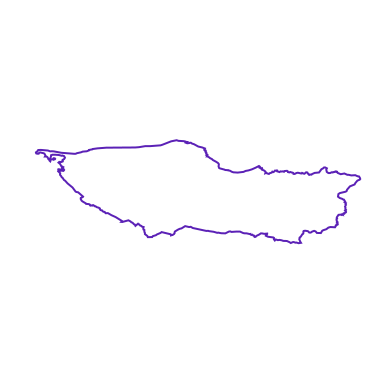 outline of Pinrang, Sulawesi Selatan, Indonesia, rotated 103°
{"feature_id": "22746128B71783882222616", "entity_name": "Pinrang", "entity_type": "district", "adm_level": 2, "iso_a3": "IDN", "parent_name": "Indonesia", "parent_adm1": "Sulawesi Selatan", "projection": "equal_earth", "projection_center": [119.581, -3.649], "detail": "fine", "context": "isolated", "style": "outline", "palette": "violet", "viewbox_px": 384, "rotation_deg": 103, "n_neighbors": 0, "source": "geoboundaries", "source_scale": "gbopen_adm2", "svg_char_len": 6014}
<svg xmlns="http://www.w3.org/2000/svg" viewBox="0 0 384 384"><g transform="rotate(103 192 192)"><path d="M217.0,74.4L215.9,75.5L213.8,76.9L212.9,76.7L212.2,76.9L211.1,76.0L208.3,75.0L207.7,74.3L207.1,74.2L205.3,74.6L204.8,74.3L204.3,73.1L204.1,70.7L204.2,70.0L205.1,68.7L205.0,67.7L204.5,66.8L203.6,66.1L202.4,64.3L202.6,62.7L203.8,61.1L203.0,57.2L200.5,56.4L199.7,55.5L198.0,52.7L196.0,51.1L195.0,49.3L194.2,44.7L192.7,44.2L192.3,44.4L191.9,44.0L191.3,43.9L191.3,43.1L190.9,42.7L190.5,42.7L189.1,43.9L188.7,43.4L188.3,43.6L187.7,44.4L186.9,44.8L185.9,45.1L185.3,44.6L184.4,45.2L183.8,45.1L181.3,44.1L180.6,42.1L180.7,41.1L180.2,41.0L180.3,40.2L179.9,40.5L179.7,40.1L179.1,39.7L179.0,39.0L178.5,39.2L177.8,38.0L177.2,37.5L176.7,37.9L176.2,37.7L175.6,38.7L174.7,38.0L174.0,38.8L172.8,38.9L171.9,39.6L169.9,39.1L169.3,39.8L168.2,39.5L167.6,41.0L166.9,40.6L165.3,42.2L165.4,42.7L164.9,44.0L164.6,46.7L163.7,48.7L161.1,48.9L159.8,47.7L157.2,42.5L156.4,41.6L154.8,41.4L151.0,39.4L148.1,35.3L146.4,34.8L143.7,33.4L142.3,31.4L141.5,31.0L140.7,31.4L139.3,32.7L139.4,34.3L138.9,36.7L140.0,40.5L140.0,43.1L140.3,44.5L139.7,47.7L141.2,51.1L140.6,54.4L140.0,55.0L140.0,55.6L139.6,55.5L139.5,56.4L139.9,57.2L140.5,57.7L140.8,58.9L141.3,59.2L141.4,60.4L142.4,61.6L142.8,62.9L142.7,63.8L142.1,65.2L140.0,66.2L138.6,65.9L138.1,67.9L138.5,69.0L139.4,69.5L140.7,71.0L144.4,72.6L145.8,76.8L147.8,79.4L148.2,79.5L148.4,80.8L148.9,81.4L148.9,81.9L148.2,82.5L148.0,83.3L147.1,83.9L147.0,84.4L147.2,85.3L148.9,86.5L149.0,87.8L148.7,88.2L148.6,89.1L149.3,89.5L149.4,89.9L149.4,93.2L150.0,94.5L151.3,96.0L151.5,97.2L150.7,97.6L150.5,98.4L150.6,99.4L150.4,100.3L150.4,100.8L151.0,101.5L151.0,103.0L150.3,103.4L150.0,104.2L150.7,106.4L151.1,106.9L151.6,107.0L151.4,108.0L151.9,109.2L152.0,110.4L152.9,111.2L152.7,113.6L151.9,113.8L151.8,114.1L152.4,114.8L152.4,115.9L153.6,116.5L154.3,117.2L154.1,118.3L155.2,118.7L156.2,120.5L157.1,121.1L157.0,123.0L156.5,123.9L157.2,124.8L156.0,124.8L155.5,125.2L154.8,126.7L154.5,128.9L154.2,129.1L153.6,128.8L153.0,129.2L153.6,130.2L153.4,130.8L152.8,131.0L153.0,131.9L152.7,132.1L151.9,131.9L151.6,132.6L154.1,135.6L156.5,138.8L158.3,141.9L159.4,144.5L160.8,146.3L162.8,151.8L163.5,156.1L163.4,157.5L162.7,160.0L162.8,161.5L162.6,161.6L163.1,164.6L162.9,165.3L162.7,170.3L162.5,171.0L161.0,171.9L159.2,172.0L158.6,172.3L157.9,173.2L157.1,175.4L156.1,179.0L155.5,179.8L154.9,182.1L154.3,183.3L153.9,184.9L153.4,185.0L153.7,185.5L152.6,185.4L152.6,186.2L151.9,185.9L151.3,186.9L150.3,186.9L150.0,187.3L150.0,187.8L149.3,188.2L149.0,188.0L148.6,188.9L148.2,188.6L147.8,189.5L146.7,189.2L146.3,192.1L146.3,196.1L145.0,200.7L144.8,202.9L144.3,204.1L144.4,205.0L144.9,205.6L145.6,207.6L145.3,209.6L145.0,209.6L144.8,207.9L144.3,207.8L144.5,208.7L144.3,209.8L144.3,211.3L145.2,216.7L145.0,218.6L147.3,223.7L152.5,231.3L153.6,233.1L156.6,242.7L157.8,247.8L160.2,253.6L161.4,257.4L168.1,285.5L170.7,293.8L172.5,298.5L172.8,298.6L174.2,301.8L174.6,301.7L176.0,303.7L177.2,307.5L178.3,309.1L180.1,312.9L180.9,313.9L181.3,315.5L183.2,328.2L183.5,335.8L183.8,337.7L184.3,339.3L184.0,341.7L185.0,348.8L185.7,351.3L187.4,352.0L188.5,353.0L188.9,352.9L189.5,352.3L189.4,350.6L189.0,349.9L188.0,349.7L187.6,348.9L187.6,345.3L187.8,344.4L189.6,342.9L190.5,343.2L190.2,341.8L190.5,340.8L191.2,340.2L191.7,339.4L192.2,339.3L192.2,339.0L192.9,338.4L193.2,337.8L193.6,337.7L194.0,337.0L191.7,336.7L191.5,337.3L190.6,337.6L188.8,337.4L187.9,337.6L187.7,337.2L187.1,336.4L186.4,333.4L185.9,329.9L186.0,327.0L185.6,326.5L185.8,324.7L187.2,323.5L188.8,324.1L189.8,325.3L190.3,325.4L190.9,324.8L191.3,324.8L192.2,326.1L192.5,328.1L193.4,328.7L194.3,326.9L196.6,324.8L196.8,324.3L196.4,324.0L196.6,323.4L197.3,324.2L197.6,324.1L197.8,323.6L197.6,323.0L197.9,322.7L197.8,322.2L198.1,323.1L198.3,323.2L198.3,321.8L198.6,322.6L198.9,322.0L199.3,322.3L199.8,321.7L200.4,322.1L200.5,323.2L199.6,322.5L199.0,323.5L199.7,323.7L199.6,324.3L200.1,324.6L200.8,324.5L199.9,324.8L199.8,325.2L201.1,325.4L200.9,325.9L200.2,325.9L200.4,326.6L199.8,327.0L200.5,328.1L200.4,327.5L200.6,327.2L201.2,326.9L201.9,327.1L203.4,324.6L204.4,324.6L205.2,324.2L205.9,323.1L207.0,322.2L207.2,321.4L209.1,319.4L209.5,318.2L211.6,315.2L214.5,309.4L217.8,305.5L218.0,304.5L217.9,302.9L221.0,297.1L221.5,297.3L222.8,299.0L223.8,298.9L225.2,297.7L225.8,296.6L227.0,292.8L227.4,292.5L227.0,289.8L227.3,288.6L228.0,288.3L228.1,287.7L227.7,287.0L227.6,285.9L227.2,285.8L227.0,285.2L227.8,283.3L227.6,282.8L228.2,281.4L228.3,279.3L228.7,278.2L229.0,278.3L230.2,277.0L230.2,275.3L230.9,274.7L231.2,273.5L231.0,272.7L232.1,271.4L231.5,269.2L232.7,265.3L233.6,260.8L236.1,253.4L237.0,254.0L236.9,253.2L233.9,247.6L234.5,245.3L235.2,244.2L235.2,243.5L235.5,242.7L236.5,241.3L236.6,240.4L237.7,239.5L235.1,237.5L235.5,237.0L235.4,236.3L236.4,234.8L236.4,233.8L237.1,232.7L237.0,231.3L238.8,231.2L239.5,230.8L239.7,229.9L241.6,229.4L242.4,228.7L243.6,228.4L244.9,225.6L245.9,224.9L244.9,220.7L243.8,220.2L242.2,217.4L241.3,216.7L238.9,213.4L237.9,212.6L238.0,203.3L239.0,202.7L238.6,202.3L238.3,201.3L236.9,200.0L236.0,199.7L235.3,199.9L234.4,199.8L232.0,197.4L230.7,195.8L229.8,194.0L226.8,191.0L226.8,186.9L226.2,185.4L226.9,183.1L226.7,169.3L226.2,167.5L226.3,166.6L225.9,162.0L226.1,158.2L225.7,157.4L225.6,154.3L224.8,150.2L222.3,147.2L221.8,146.0L222.0,144.5L220.7,140.2L219.8,136.3L220.5,132.8L220.4,131.2L220.0,129.4L220.0,125.9L219.8,125.6L220.2,125.4L220.5,124.5L220.0,123.5L220.7,122.4L220.6,121.7L221.5,121.2L221.7,120.6L221.2,119.8L220.4,119.5L218.2,116.8L216.9,115.7L216.6,114.5L216.5,112.1L215.6,109.4L215.9,109.3L216.9,109.6L217.5,110.3L218.0,110.3L218.5,107.8L218.0,102.6L218.3,101.8L219.6,101.6L220.6,100.4L220.2,100.2L219.6,100.4L219.4,99.7L219.6,97.5L219.0,96.0L218.9,93.8L219.1,92.1L218.4,88.5L219.0,85.5L219.5,84.3L218.1,82.4L217.9,81.5L218.1,79.8L217.8,79.2L217.8,78.1L217.9,76.6L217.0,74.4ZM191.8,334.4L190.9,332.9L190.5,332.8L190.1,333.3L190.2,334.4L190.7,334.8L191.6,334.8L191.8,334.4Z" fill="none" stroke="#5b21b6" stroke-width="2"/></g></svg>